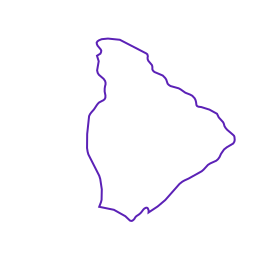 outline of Gorj, rotated 47°
{"feature_id": "ROU-123", "entity_name": "Gorj", "entity_type": "County", "adm_level": 1, "iso_a3": "ROU", "parent_name": "Romania", "parent_adm1": "", "projection": "orthographic", "projection_center": [23.299, 44.951], "detail": "fine", "context": "isolated", "style": "outline", "palette": "violet", "viewbox_px": 256, "rotation_deg": 47, "n_neighbors": 0, "source": "natural_earth", "source_scale": "10m", "svg_char_len": 1615}
<svg xmlns="http://www.w3.org/2000/svg" viewBox="0 0 256 256"><g transform="rotate(47 128 128)"><path d="M159.1,62.5L160.4,62.0L162.7,60.1L170.1,55.9L178.3,53.2L182.2,54.4L188.6,54.5L190.0,54.9L192.5,56.2L194.6,56.6L196.9,56.7L204.9,55.8L206.1,55.8L207.2,56.3L209.5,58.1L210.5,59.5L211.1,61.6L209.5,68.8L209.2,72.4L210.3,77.5L211.7,80.9L212.2,83.5L212.1,85.8L210.0,92.0L209.5,94.7L210.0,101.1L209.9,103.6L206.3,118.2L204.9,122.4L204.3,124.9L204.0,128.5L206.1,149.9L205.6,159.8L203.8,170.6L202.5,169.2L200.8,168.5L199.9,168.3L199.1,168.6L198.5,169.4L198.1,170.9L198.1,172.2L198.3,173.5L198.6,175.1L198.8,176.9L198.7,179.0L198.2,181.8L198.2,182.9L198.4,184.0L198.8,185.2L198.9,186.6L198.8,188.0L198.2,189.0L197.0,189.7L190.7,190.1L178.2,194.1L166.0,202.8L163.8,198.3L162.5,196.3L155.0,189.0L146.4,183.1L143.3,181.6L120.3,175.0L117.8,173.7L114.7,171.6L104.6,162.0L92.8,148.4L92.0,146.4L91.6,144.3L91.2,140.3L90.8,138.5L90.0,135.3L89.7,133.6L89.6,131.9L90.4,128.8L90.9,127.2L91.0,125.5L90.4,123.9L88.8,122.3L85.4,120.2L83.2,118.1L81.8,116.3L80.8,114.7L79.5,113.5L78.0,112.7L75.4,112.3L69.2,113.0L67.1,112.6L64.8,111.3L59.2,103.9L54.0,101.4L54.8,97.5L54.1,95.9L53.2,94.8L52.0,94.4L47.0,94.1L45.3,93.5L44.2,92.7L43.8,91.2L44.1,89.3L45.1,86.7L48.9,81.7L57.9,73.8L85.9,63.8L87.3,63.6L89.0,64.5L89.9,65.7L91.1,66.7L92.7,67.3L98.3,67.6L99.5,68.2L100.6,69.1L101.6,70.1L102.9,70.6L105.0,70.5L113.3,66.8L116.7,66.7L118.6,67.0L122.6,68.8L124.2,68.8L126.3,68.3L133.5,63.9L135.6,63.2L141.3,62.0L145.9,59.8L148.3,59.0L151.7,59.0L153.7,59.6L155.5,60.6L157.9,62.3L159.1,62.5Z" fill="none" stroke="#5b21b6" stroke-width="2"/></g></svg>